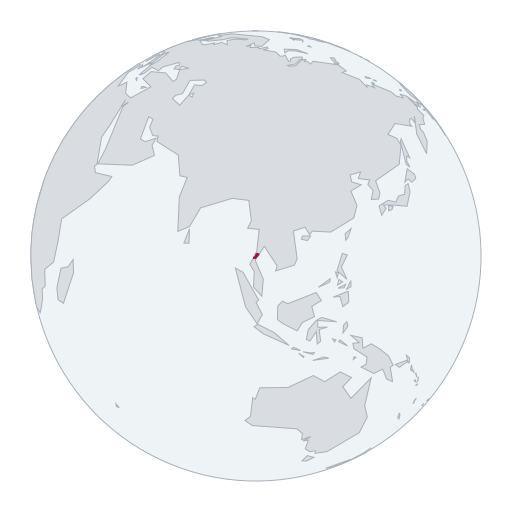 the Earth from above Chumphon, rotated 22°
{"feature_id": "THA-375", "entity_name": "Chumphon", "entity_type": "Province", "adm_level": 1, "iso_a3": "THA", "parent_name": "Thailand", "parent_adm1": "", "projection": "orthographic", "projection_center": [99.017, 10.32], "detail": "fine", "context": "on_globe", "style": "filled", "palette": "rose", "viewbox_px": 512, "rotation_deg": 22, "n_neighbors": 0, "source": "natural_earth", "source_scale": "10m", "svg_char_len": 9827}
<svg xmlns="http://www.w3.org/2000/svg" viewBox="0 0 512 512"><g transform="rotate(22 256 256)"><circle cx="256" cy="256" r="225" fill="#eef3f6" stroke="#a8b0b8"/><path d="M469.8,323.4L469.4,325.0L469.8,323.4ZM361.9,57.2L379.0,67.4L386.4,73.2L373.6,64.0L368.9,61.2L371.7,63.4L367.4,61.1L366.4,61.1L361.1,58.4L354.0,54.0L350.4,52.4L352.6,54.2L348.7,53.2L346.0,50.7L338.9,48.9L325.7,42.8L323.7,41.1L343.2,48.3L361.9,57.2ZM373.1,63.6L372.3,63.1L372.1,62.9L373.1,63.6ZM367.2,61.6L369.1,62.8L367.7,62.4L367.2,61.6ZM358.3,58.1L355.5,57.4L357.2,57.3L358.3,58.1ZM353.1,56.5L346.4,55.5L350.1,57.8L335.9,51.4L346.3,54.0L347.7,53.3L349.6,54.9L353.1,56.5ZM329.1,48.3L326.4,47.7L327.9,47.6L329.1,48.3ZM288.9,33.1L283.8,32.4L285.9,32.7L288.9,33.1ZM273.4,31.4L272.6,31.3L273.4,31.4ZM278.6,31.9L279.7,32.0L277.4,31.7L278.6,31.9ZM265.4,30.9L266.4,31.0L262.8,30.9L260.0,30.8L265.4,30.9ZM75.3,121.5L76.9,121.8L76.0,124.1L68.8,133.5L64.4,150.4L71.2,143.2L74.2,154.1L80.6,156.4L95.2,138.5L84.7,134.0L89.8,124.3L103.7,120.1L113.8,125.3L116.1,121.8L115.5,111.8L123.7,107.0L116.0,108.0L114.7,112.0L109.9,113.2L110.7,109.7L113.6,107.9L112.2,105.3L98.8,115.6L96.2,120.7L88.9,120.0L83.7,128.9L79.7,132.0L86.9,118.3L90.7,114.0L99.2,99.3L94.5,103.6L86.2,118.1L86.2,116.4L79.8,123.5L84.6,116.8L95.0,101.0L92.3,101.6L85.0,109.4L98.2,95.2L102.0,91.6L104.8,89.0L110.5,84.0L109.7,84.7L113.2,81.8L112.9,82.4L121.1,77.0L122.1,77.4L133.7,69.7L135.8,69.2L128.3,73.7L123.7,77.5L127.2,80.1L130.3,78.9L137.6,74.0L137.6,75.8L144.2,70.8L150.3,70.9L148.4,66.9L156.8,62.1L165.0,59.7L167.5,57.7L154.1,61.8L149.0,64.2L145.3,67.3L131.3,74.7L128.3,75.2L141.6,65.6L138.8,65.6L150.4,59.0L179.5,50.4L187.4,50.5L182.8,59.5L176.1,61.6L174.5,59.1L168.3,65.4L172.5,62.9L172.6,64.8L180.7,61.6L181.1,62.8L188.1,58.0L189.5,59.2L185.1,62.2L198.2,59.5L203.4,61.7L206.2,60.6L207.7,58.8L213.3,63.3L215.1,62.4L214.0,60.5L216.8,57.5L224.1,54.3L225.6,56.0L223.2,57.4L220.5,63.3L213.9,67.4L215.3,67.8L221.4,64.8L224.7,57.4L228.6,55.1L228.0,58.3L228.5,56.9L230.9,56.3L234.8,57.6L235.9,54.1L260.5,48.0L270.4,50.6L267.1,53.6L285.9,53.5L295.6,57.9L294.5,55.9L302.8,55.5L299.9,54.0L300.0,53.1L319.9,53.2L325.8,55.2L333.2,54.4L332.6,53.6L328.7,52.0L335.9,51.4L350.1,57.8L350.6,59.3L359.2,62.9L359.2,66.0L363.1,70.8L358.1,73.0L361.6,77.2L364.6,78.3L371.6,85.3L375.9,97.3L359.4,82.7L350.5,67.0L353.0,72.6L348.5,70.2L347.1,71.7L349.2,76.1L351.8,77.3L335.3,81.1L332.7,93.9L342.3,94.1L349.0,99.0L354.4,117.3L338.7,141.5L347.4,151.2L348.4,157.2L341.7,160.4L340.1,151.5L332.9,147.8L333.0,142.8L321.8,145.9L321.5,138.9L312.9,145.5L316.9,151.4L326.9,150.6L319.6,160.2L330.6,171.2L332.5,184.0L316.3,205.8L298.8,211.9L297.8,216.1L290.6,211.0L281.3,218.8L295.2,243.2L295.0,250.1L279.8,262.5L279.4,257.4L260.1,243.9L256.8,260.2L271.4,274.7L276.5,291.2L265.3,285.6L260.2,271.1L253.4,265.9L255.0,251.6L249.0,230.1L237.8,233.4L238.5,224.9L228.5,207.1L212.3,211.5L186.6,232.1L183.3,253.7L174.3,262.5L162.8,230.0L162.8,209.0L155.4,210.1L146.2,191.5L121.2,186.9L120.5,181.4L115.2,183.0L109.2,176.5L109.2,167.6L104.3,167.2L105.0,190.8L110.6,191.5L119.3,184.1L118.1,192.3L124.2,200.8L107.2,218.2L74.8,229.8L76.4,213.4L76.7,167.1L79.4,162.7L79.6,162.2L79.9,161.2L75.0,168.2L76.7,159.6L71.3,190.5L68.3,203.5L74.2,230.7L72.5,232.8L75.9,238.9L92.5,236.3L91.5,241.6L80.7,264.9L61.9,294.3L67.2,318.1L70.6,337.5L65.1,347.5L71.9,363.0L70.0,366.7L74.0,375.2L76.0,383.0L77.1,389.4L72.0,385.8L66.7,377.8L56.6,360.8L45.8,337.1L39.6,318.7L36.4,305.4L33.8,291.9L30.9,264.6L30.7,256.4L31.1,244.7L31.5,237.2L33.7,219.4L37.3,201.9L42.3,184.7L48.6,168.0L56.3,151.8L65.2,136.3L75.3,121.5ZM119.6,141.5L128.9,144.7L133.3,132.1L137.2,132.6L137.2,128.4L133.5,131.2L134.9,120.3L142.0,118.3L145.2,113.5L142.2,112.2L129.0,117.9L127.0,133.1L121.2,137.2L119.6,141.5ZM129.9,69.3L129.6,69.5L129.1,69.9L129.9,69.3ZM118.2,77.8L118.8,77.3L120.2,76.3L122.8,74.4L126.4,71.8L140.0,62.9L141.3,62.4L138.3,64.1L137.8,64.6L132.8,67.6L120.7,76.5L116.3,79.7L116.3,79.2L118.2,77.8ZM174.0,46.2L173.5,46.4L168.5,48.4L168.4,48.4L174.0,46.2ZM245.3,31.0L245.1,31.0L247.3,30.9L245.0,31.3L236.6,32.0L239.7,31.9L238.1,32.6L231.3,33.6L232.9,32.8L224.2,34.7L222.4,34.3L221.5,34.5L217.5,34.8L211.0,35.9L211.2,35.6L208.6,36.2L205.9,36.6L202.4,37.4L201.5,37.5L197.1,38.6L199.2,38.0L191.9,40.0L193.1,39.7L210.2,35.4L227.7,32.5L245.3,31.0ZM259.3,30.7L260.0,30.8L256.6,30.7L261.8,31.0L252.2,31.2L246.5,31.3L252.4,30.7L259.3,30.7ZM79.1,121.1L79.2,122.1L80.2,122.4L76.2,127.2L79.1,121.1ZM85.9,110.3L86.5,110.1L81.4,116.3L81.4,115.7L85.9,110.3ZM91.3,105.0L87.0,109.6L89.3,106.7L91.3,105.0ZM129.4,73.5L130.6,73.3L129.0,74.6L126.3,76.1L129.4,73.5ZM205.1,41.5L206.9,40.4L208.4,40.3L215.5,38.1L217.5,38.7L213.9,40.1L205.1,41.5ZM90.9,140.9L86.5,143.7L86.6,141.6L88.1,141.0L90.9,140.9ZM79.0,135.0L79.7,138.6L78.0,136.2L79.0,135.0ZM208.4,41.7L211.1,40.7L210.4,41.6L208.4,41.7ZM219.2,39.0L219.1,39.9L218.5,38.5L219.2,39.0ZM181.4,445.4L186.0,447.9L182.7,447.7L181.4,445.4ZM93.1,340.0L95.2,372.0L88.8,370.6L83.4,360.3L79.7,340.4L85.8,336.3L87.7,327.7L93.1,340.0ZM331.8,330.2L338.2,331.3L338.0,332.3L331.8,330.2ZM325.1,326.5L332.6,327.0L323.7,328.8L325.1,326.5ZM335.4,327.2L343.0,325.4L346.3,323.7L345.7,325.9L335.4,327.2ZM320.0,326.5L291.9,325.4L280.7,322.3L283.4,318.6L301.6,320.2L320.0,326.5ZM282.5,318.5L265.4,307.1L241.4,274.9L250.0,275.9L274.9,295.8L273.4,299.0L283.8,307.8L282.5,318.5ZM323.9,300.2L322.2,310.0L306.8,308.7L299.7,306.9L294.9,294.1L297.6,287.9L303.4,288.3L325.5,267.3L333.3,272.8L326.6,281.8L333.0,290.4L323.9,300.2ZM184.2,255.8L189.1,269.3L184.3,271.0L184.2,255.8ZM334.2,252.5L325.5,261.7L333.3,249.4L334.2,252.5ZM338.7,240.9L339.4,245.7L335.6,241.0L338.7,240.9ZM297.9,222.5L291.8,223.4L291.5,220.0L299.2,217.0L297.9,222.5ZM333.9,195.0L334.3,204.6L333.3,207.8L330.3,201.9L333.9,195.0ZM228.5,49.0L216.4,50.9L209.0,53.6L206.7,56.8L204.7,53.6L216.2,49.4L228.5,49.0ZM256.3,47.7L258.2,45.6L260.9,46.5L260.8,47.1L256.3,47.7ZM255.0,46.5L250.8,44.2L254.2,43.1L256.8,45.0L255.0,46.5ZM229.2,41.7L225.4,42.1L226.1,41.2L229.2,41.7ZM418.8,410.1L418.5,411.3L412.2,417.5L404.7,424.1L400.2,426.6L418.8,410.1ZM375.5,428.6L378.3,421.9L385.1,421.0L379.7,427.1L375.5,428.6ZM423.7,405.2L429.4,398.5L434.6,390.6L430.3,397.6L431.3,397.3L419.4,410.6L423.7,405.2ZM358.7,400.9L316.1,414.6L307.4,412.7L311.0,406.8L306.0,388.7L309.0,389.1L308.9,376.8L334.9,365.9L354.0,345.4L366.8,346.8L377.5,331.9L390.1,332.9L385.4,344.7L397.4,352.4L408.4,325.8L412.8,353.9L419.5,363.6L417.9,381.1L395.0,410.9L384.6,416.8L383.9,414.3L379.2,417.3L373.9,416.3L373.5,407.0L368.8,410.0L374.5,402.8L367.1,409.2L365.5,403.2L358.7,400.9ZM447.7,348.2L448.8,348.9L449.6,353.5L447.9,352.9L447.7,348.2ZM466.8,329.8L466.5,332.0L465.7,332.8L466.8,329.8ZM469.3,325.2L468.3,326.5L469.8,323.4L469.3,325.2ZM457.2,331.1L457.5,332.8L456.9,333.5L457.2,331.1ZM456.8,330.6L457.9,327.7L457.4,330.5L456.8,330.6ZM452.6,315.8L453.6,314.3L453.8,315.4L452.6,315.8ZM347.7,331.6L356.9,324.1L361.7,323.5L347.7,331.6ZM451.7,312.8L449.5,312.6L449.9,311.1L451.7,312.8ZM452.1,309.2L452.0,307.1L452.9,312.0L452.1,309.2ZM448.2,304.7L450.7,308.3L447.9,305.1L448.2,304.7ZM446.5,305.2L444.6,303.7L444.8,303.0L446.5,305.2ZM422.1,308.8L429.7,321.3L423.1,321.1L415.9,313.4L409.3,320.8L395.0,319.6L398.6,315.1L396.9,308.1L381.5,305.3L378.5,300.7L384.1,297.7L373.7,294.0L385.1,292.1L389.6,301.4L395.9,294.2L406.5,296.0L416.5,299.1L424.1,306.0L422.1,308.8ZM384.8,312.5L386.7,312.6L384.9,315.4L384.8,312.5ZM440.9,298.6L443.7,303.1L443.3,304.2L441.9,303.6L440.9,298.6ZM425.9,304.4L434.3,296.6L436.2,296.7L430.6,305.5L425.9,304.4ZM432.5,291.6L436.2,292.7L438.0,297.0L437.2,298.2L432.5,291.6ZM361.5,303.7L361.0,306.3L358.0,304.2L361.5,303.7ZM365.5,302.2L374.5,305.1L364.6,304.4L365.5,302.2ZM337.3,292.7L340.1,298.9L348.8,295.2L342.1,300.6L347.9,310.8L345.8,314.6L340.1,303.6L337.9,314.7L334.0,314.5L332.0,304.8L336.0,293.1L339.9,288.4L355.5,286.7L337.3,292.7ZM365.5,294.7L363.1,287.6L364.8,282.9L367.5,286.7L365.5,294.7ZM355.6,270.4L348.9,262.1L343.0,265.1L354.7,254.1L359.3,263.8L355.6,270.4ZM349.6,252.5L344.1,255.1L349.6,248.7L349.6,252.5ZM342.5,252.4L341.7,246.7L346.1,247.6L342.5,252.4ZM352.5,252.8L353.1,243.2L355.6,248.9L352.5,252.8ZM339.2,234.2L349.1,243.6L336.6,239.3L335.0,221.2L340.3,220.9L339.2,234.2ZM362.0,164.4L360.1,159.6L364.6,158.7L364.6,162.2L362.0,164.4ZM377.4,153.3L365.2,157.0L355.0,160.9L358.7,163.1L357.3,171.2L351.3,163.4L357.6,154.9L365.5,153.6L365.6,147.1L370.7,143.0L368.0,135.1L369.9,131.9L374.8,138.9L377.4,153.3ZM366.4,131.7L363.5,118.5L372.4,120.9L375.1,124.3L372.7,129.2L368.1,127.6L366.4,131.7ZM365.4,116.1L360.9,114.7L347.2,96.0L346.6,92.9L361.7,107.3L358.3,106.8L360.1,111.3L365.4,116.1ZM327.8,48.7L326.5,47.8L329.1,48.7L327.8,48.7ZM298.2,52.4L298.8,51.3L301.7,52.1L298.2,52.4ZM301.9,49.0L298.2,48.8L301.5,48.3L301.9,49.0ZM290.0,48.7L296.5,48.3L291.3,49.8L290.0,48.7Z" fill="#d9dde1" stroke="#a8b0b8" stroke-width="1"/><path d="M256.1,253.5L256.2,253.4L256.3,253.3L256.4,253.2L256.5,253.2L256.5,253.3L256.8,253.5L257.0,253.5L257.3,253.5L257.5,253.5L257.6,253.4L257.8,253.4L257.8,253.5L257.9,253.8L257.7,253.8L257.6,254.0L257.4,254.5L257.2,254.7L257.1,254.8L257.0,255.0L256.9,255.1L256.9,255.3L257.0,255.3L256.9,255.3L256.9,255.5L257.0,255.6L257.1,255.8L256.9,255.9L256.7,255.8L256.5,256.1L256.7,256.3L256.8,256.3L256.7,256.4L256.7,256.5L256.6,256.8L256.5,257.0L256.5,257.3L256.6,257.5L256.6,257.8L256.5,258.0L256.4,258.1L256.2,258.2L256.1,258.3L255.9,258.3L255.7,258.4L255.4,258.4L255.2,258.5L255.0,258.8L254.9,258.7L254.7,258.7L254.6,258.4L254.5,258.2L254.7,257.9L254.8,257.9L254.9,257.7L255.0,257.6L255.3,257.4L255.4,257.2L255.5,257.2L255.7,256.8L255.6,256.6L255.5,256.4L255.6,256.2L255.7,255.9L255.7,255.7L255.6,255.4L255.7,255.2L255.8,255.2L255.8,254.9L255.8,254.7L255.7,254.7L255.6,254.3L255.5,254.2L255.8,254.0L255.9,253.9L255.9,253.7L256.0,253.5L256.1,253.5Z" fill="#f43f5e" stroke="#9f1239" stroke-width="1.5"/></g></svg>